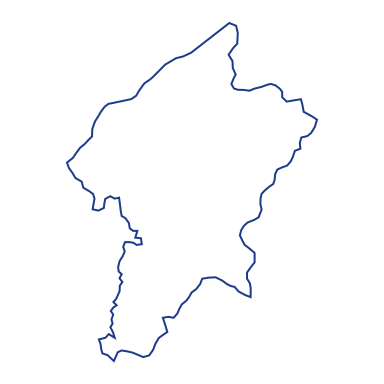 Senador Canedo, Goiás, Brazil (orthographic projection)
{"feature_id": "56859067B2348213586341", "entity_name": "Senador Canedo", "entity_type": "district", "adm_level": 2, "iso_a3": "BRA", "parent_name": "Brazil", "parent_adm1": "Goiás", "projection": "orthographic", "projection_center": [-49.113, -16.713], "detail": "fine", "context": "isolated", "style": "outline", "palette": "blue", "viewbox_px": 384, "rotation_deg": 0, "n_neighbors": 0, "source": "geoboundaries", "source_scale": "gbopen_adm2", "svg_char_len": 2387}
<svg xmlns="http://www.w3.org/2000/svg" viewBox="0 0 384 384"><path d="M121.5,350.5L126.4,351.2L132.2,352.5L137.2,354.5L143.2,357.1L149.2,355.4L153.0,350.0L155.6,343.4L158.8,338.0L162.8,335.0L167.3,332.0L165.2,324.9L162.9,317.8L168.4,316.8L173.6,317.8L177.3,313.6L179.5,308.5L181.8,304.4L186.1,300.9L189.0,297.2L191.6,292.5L196.0,289.3L200.1,284.2L202.2,278.7L209.0,277.6L215.6,277.3L222.3,280.6L226.8,284.0L230.8,286.0L234.6,286.9L238.6,291.5L245.3,295.1L250.6,297.1L250.7,288.2L249.9,283.3L247.0,278.6L247.0,272.6L250.2,268.0L254.6,262.4L254.6,252.9L249.3,248.4L244.6,244.8L242.4,240.6L239.9,235.5L241.2,230.2L243.9,225.9L247.4,222.6L254.4,219.8L258.6,217.3L261.6,209.6L260.4,204.2L260.6,198.2L261.6,193.9L264.6,190.6L269.4,186.6L273.3,183.9L274.7,179.5L275.2,173.9L277.4,169.5L282.1,167.4L287.2,165.5L290.7,161.5L292.8,157.0L294.9,150.8L300.4,148.7L299.8,143.0L301.3,137.5L307.3,136.1L311.1,133.0L314.8,127.0L317.0,119.7L312.9,116.9L303.7,111.8L302.3,104.3L300.9,99.2L295.4,100.1L286.7,101.6L282.2,97.2L282.2,91.8L279.6,88.5L275.5,85.4L270.9,83.9L267.1,84.8L261.5,86.9L254.9,88.5L249.4,90.7L243.6,89.9L238.0,89.8L234.0,88.5L231.4,84.1L233.5,78.7L235.7,74.5L232.8,68.0L232.5,61.1L228.6,54.7L233.2,48.0L237.2,43.8L237.8,33.1L236.1,25.8L229.3,23.0L191.0,52.8L183.0,56.5L176.0,58.2L165.2,64.6L152.5,77.4L149.2,80.1L144.5,83.2L139.2,90.5L136.2,95.7L131.3,99.1L126.6,100.1L121.5,101.2L117.0,102.1L112.5,103.1L108.5,103.8L104.5,106.9L100.8,111.9L98.5,115.9L95.0,121.4L92.3,129.0L92.0,136.5L88.7,139.7L84.8,143.9L80.2,147.7L76.1,153.1L72.9,157.9L67.0,162.6L69.0,168.1L72.5,173.0L75.3,177.9L81.7,181.7L83.3,187.7L89.1,191.1L93.0,193.9L94.5,198.6L93.4,204.8L92.7,209.3L98.4,210.6L103.8,208.0L104.3,203.9L105.2,199.0L110.2,196.2L114.6,198.6L119.1,197.7L120.0,204.6L120.7,210.6L121.7,216.0L125.5,218.2L128.9,223.1L129.8,228.4L133.2,230.9L137.3,230.9L135.3,237.7L140.9,238.2L141.8,244.2L136.6,244.9L133.2,242.7L129.3,242.1L125.1,242.1L123.2,246.8L124.7,251.3L122.9,255.9L119.6,261.1L118.1,267.1L118.7,271.5L121.7,274.2L119.5,278.3L122.4,282.0L119.8,285.7L119.6,291.1L116.2,298.9L113.4,302.0L116.6,305.3L113.2,307.6L110.8,311.0L113.2,314.5L111.5,319.6L112.6,323.6L110.4,327.2L113.0,332.3L114.7,337.8L108.8,334.1L105.4,337.8L98.9,339.4L100.5,343.9L101.3,349.4L102.4,353.4L107.7,355.2L110.7,358.1L113.9,361.0L115.8,356.7L117.7,352.3L121.5,350.5Z" fill="none" stroke="#1e3a8a" stroke-width="2"/></svg>